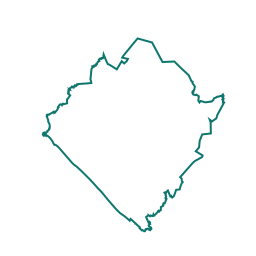 outline of Técpan de Galeana, Guerrero, Mexico, rotated 24°
{"feature_id": "50627088B73770248415585", "entity_name": "Técpan de Galeana", "entity_type": "district", "adm_level": 2, "iso_a3": "MEX", "parent_name": "Mexico", "parent_adm1": "Guerrero", "projection": "natural_earth1", "projection_center": [-100.8, 17.404], "detail": "fine", "context": "isolated", "style": "outline", "palette": "teal", "viewbox_px": 256, "rotation_deg": 24, "n_neighbors": 0, "source": "geoboundaries", "source_scale": "gbopen_adm2", "svg_char_len": 5489}
<svg xmlns="http://www.w3.org/2000/svg" viewBox="0 0 256 256"><g transform="rotate(24 128 128)"><path d="M49.4,150.8L51.5,152.8L51.9,153.3L52.5,154.6L52.7,154.8L54.1,155.9L55.0,156.8L55.7,158.0L56.1,158.9L56.0,159.1L56.0,159.3L56.3,159.5L56.5,160.2L56.5,160.7L56.4,160.8L56.2,160.9L56.2,161.2L56.4,161.4L56.6,161.4L56.6,161.6L56.1,162.2L56.1,162.6L56.0,163.1L55.6,163.5L55.9,163.9L55.9,164.1L55.4,165.1L55.2,165.4L55.3,166.1L55.3,166.3L55.1,166.3L55.0,166.5L54.8,166.4L54.7,166.7L54.0,166.0L53.9,166.1L53.3,166.1L53.1,166.5L52.7,167.1L52.9,167.2L52.8,167.6L52.8,168.0L53.1,168.2L53.1,168.3L53.0,168.5L53.7,168.9L53.7,169.2L53.9,169.3L54.2,169.4L54.4,169.3L54.5,169.0L54.5,168.4L54.7,168.2L55.8,168.0L56.0,168.1L56.3,168.5L56.5,168.6L56.8,167.9L57.0,167.8L57.5,167.8L58.6,168.1L60.6,168.8L62.3,169.6L64.2,170.8L65.1,171.4L65.8,172.1L66.1,172.4L66.6,172.7L67.6,173.3L67.9,173.3L68.1,173.1L68.5,172.9L69.4,173.0L71.3,173.5L72.5,173.9L78.5,176.7L90.9,182.5L93.0,183.3L96.9,184.2L102.0,185.9L114.2,190.5L121.8,193.8L124.9,195.3L128.1,196.5L130.2,197.4L139.8,202.2L149.5,206.7L152.2,207.8L155.2,208.9L160.7,210.0L165.3,211.3L167.3,212.0L167.4,210.0L170.7,211.1L173.5,212.0L173.8,212.1L173.8,212.3L174.1,212.2L175.6,212.8L179.3,213.9L179.2,214.7L182.3,215.9L182.6,215.4L184.2,215.6L184.5,215.3L184.9,215.7L185.4,215.4L185.3,214.2L185.8,213.5L185.5,213.0L186.9,212.0L187.5,211.7L187.9,212.2L188.2,211.9L188.7,212.2L188.9,211.8L189.8,212.2L190.3,210.9L189.9,210.8L190.1,210.3L189.5,209.8L189.5,209.6L188.9,209.4L188.1,209.4L187.3,209.2L186.4,208.5L186.8,207.5L187.3,206.7L186.3,206.0L186.5,205.3L185.8,204.9L185.2,206.0L180.8,202.0L181.6,200.3L182.4,199.5L182.3,199.3L184.0,199.7L184.3,198.7L184.6,198.6L185.0,198.8L185.5,198.5L186.1,198.5L186.5,197.9L186.4,197.7L186.5,197.4L186.4,196.7L187.4,197.6L187.7,197.2L187.7,196.7L188.0,196.2L188.2,195.8L188.9,193.8L189.2,192.7L189.2,192.1L189.5,191.2L189.7,191.3L189.6,191.8L190.4,191.9L190.5,191.7L190.3,191.3L190.6,190.6L191.4,189.8L190.2,186.8L190.9,186.1L191.4,184.9L191.7,184.9L191.9,184.5L191.9,184.3L191.7,184.0L191.3,184.0L191.3,183.5L191.2,183.1L191.0,182.6L191.4,181.9L191.6,181.9L191.6,181.7L191.9,181.5L192.2,181.5L192.0,177.9L191.8,177.8L192.0,177.1L190.7,176.7L190.9,176.2L190.9,175.4L190.6,175.3L190.2,174.7L190.0,174.1L189.5,173.9L189.4,173.6L189.3,173.3L189.4,173.0L189.2,172.4L188.7,172.4L187.9,172.5L187.6,172.2L189.0,170.9L189.9,169.9L190.0,169.6L189.6,169.4L189.6,169.1L189.8,168.8L194.4,173.2L194.9,172.5L195.0,172.4L195.8,173.4L196.6,173.6L197.0,172.7L197.6,171.8L197.5,168.8L197.1,164.9L198.6,164.1L200.2,163.0L199.7,160.2L199.5,156.7L200.0,155.1L198.7,154.5L197.6,152.4L195.6,151.7L196.2,150.0L201.3,133.7L202.7,130.7L207.5,124.4L207.3,122.7L199.4,121.7L200.8,116.8L198.7,110.5L198.4,103.7L205.9,99.3L201.2,89.2L199.2,87.1L202.1,87.8L204.8,83.3L204.3,79.8L205.4,66.0L205.0,66.1L204.7,65.9L204.4,66.0L204.4,65.7L204.6,65.5L204.7,65.3L204.5,64.9L204.4,64.8L204.0,65.1L203.5,64.6L203.4,64.4L203.7,64.1L203.6,63.9L203.0,63.7L203.2,63.4L202.9,63.2L203.0,62.7L203.4,62.5L203.4,62.2L203.0,62.0L202.6,62.3L202.6,61.9L202.0,61.6L202.0,61.4L202.3,61.0L202.3,60.9L202.0,60.9L202.3,60.4L202.3,59.8L202.0,59.7L201.5,59.7L201.5,59.2L201.1,58.8L201.0,59.2L200.1,60.8L199.9,61.0L199.2,61.3L198.8,61.8L198.4,62.2L198.2,62.2L197.4,62.7L197.3,63.0L197.0,63.1L196.7,63.2L196.4,63.6L196.3,64.0L196.0,64.2L195.7,64.6L195.3,65.0L195.0,65.6L194.4,66.1L194.5,66.5L194.6,67.5L194.3,68.4L194.1,68.5L193.9,69.2L193.9,69.5L193.7,69.8L193.4,70.0L192.9,70.1L192.7,70.4L192.4,70.4L192.2,70.4L191.9,70.6L191.7,71.0L188.2,73.1L183.4,73.8L182.9,75.6L181.1,74.4L179.8,70.2L176.9,69.7L176.6,70.4L174.1,70.9L172.5,69.8L172.4,69.3L173.2,68.8L173.1,68.2L172.3,68.0L173.0,66.1L172.2,62.9L168.6,60.7L168.2,59.4L167.0,59.5L162.0,55.1L151.2,51.4L143.3,48.4L132.7,53.7L115.2,40.1L100.4,42.3L98.9,47.3L94.4,63.7L94.1,66.1L99.8,64.9L99.6,67.6L98.2,70.6L95.1,69.5L93.9,79.0L85.2,77.7L83.5,77.8L80.7,75.4L75.8,70.7L76.1,71.8L76.6,72.1L76.8,72.3L76.9,72.9L76.7,73.2L76.9,73.6L76.6,73.8L76.8,74.0L76.7,74.4L75.5,74.8L75.7,75.3L75.6,75.7L75.1,75.8L74.8,76.0L74.5,75.9L74.3,75.9L74.1,76.2L74.3,76.5L74.0,77.2L73.8,77.2L73.7,77.3L73.8,77.7L73.7,77.8L74.2,78.4L74.4,78.2L74.6,78.5L74.1,78.8L73.8,79.4L74.0,79.4L73.5,80.5L73.5,81.0L73.5,81.6L73.6,82.1L72.9,82.4L73.0,83.2L73.2,83.4L72.4,84.1L72.4,84.5L72.8,84.6L72.2,85.5L71.9,85.1L71.4,84.9L70.7,86.0L70.4,86.2L71.1,86.6L71.3,86.8L70.5,88.4L73.9,98.8L75.4,100.6L76.2,101.9L63.9,108.5L64.0,108.8L63.8,108.8L63.7,109.0L63.9,109.2L63.7,109.3L63.7,109.5L63.7,110.2L63.5,110.7L63.4,110.6L63.2,110.4L63.0,110.7L62.3,110.5L62.2,110.5L62.2,111.4L61.8,111.8L61.8,112.0L61.7,112.1L62.0,112.7L62.0,113.2L61.8,113.3L61.5,113.4L60.7,112.8L60.1,113.0L60.0,113.3L59.9,113.5L59.8,113.4L59.6,114.1L58.9,115.3L58.7,115.4L58.8,115.6L58.7,116.0L58.7,116.3L59.0,116.2L59.0,116.5L58.9,116.5L59.2,116.7L58.7,116.8L58.3,117.3L58.5,117.4L58.4,117.8L58.9,118.2L58.7,118.8L58.9,118.9L59.1,119.2L58.9,119.4L59.1,119.6L59.1,120.6L59.7,120.8L59.9,120.6L60.0,120.7L59.8,121.1L61.9,121.7L61.5,123.5L61.2,125.4L61.1,125.6L60.9,125.8L60.8,126.2L60.8,127.0L62.3,130.2L59.9,132.2L58.9,132.2L58.9,132.5L58.6,132.5L58.5,132.9L58.6,133.1L58.4,133.6L58.4,134.1L57.0,133.6L56.4,134.1L56.1,134.5L55.8,135.7L55.7,136.7L55.5,137.4L56.2,137.6L56.0,138.4L56.0,139.8L55.0,143.7L54.6,143.9L54.5,144.1L53.9,143.1L53.4,143.3L52.7,144.7L51.3,146.5L50.2,148.2L49.6,148.1L48.5,149.0L48.7,149.4L49.3,150.1L49.6,150.7L49.4,150.8Z" fill="none" stroke="#0f766e" stroke-width="2"/></g></svg>